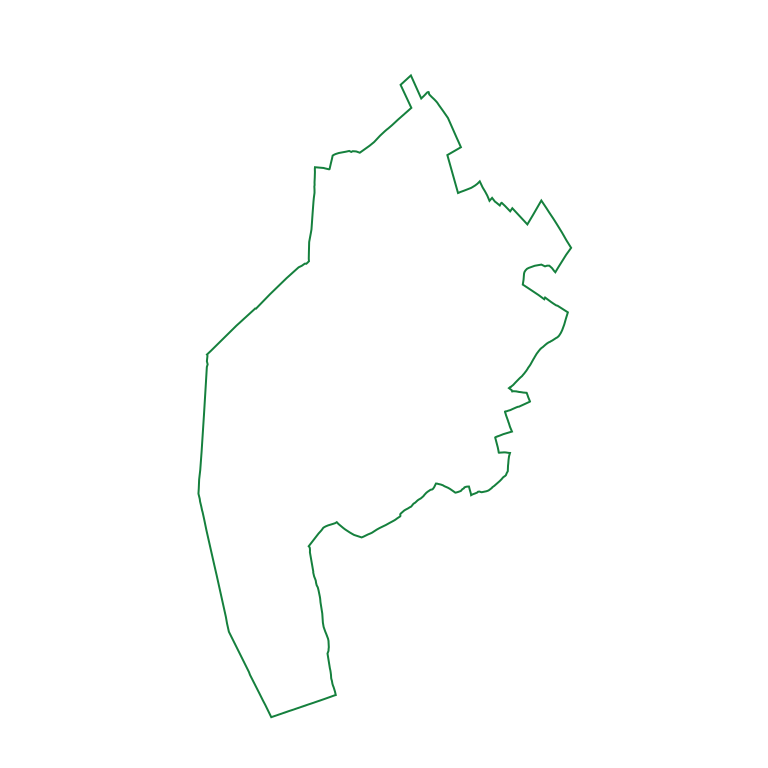 Calarasi, Cluj, Romania, rotated 254°
{"feature_id": "2599482B54810479823537", "entity_name": "Calarasi", "entity_type": "district", "adm_level": 2, "iso_a3": "ROU", "parent_name": "Romania", "parent_adm1": "Cluj", "projection": "natural_earth1", "projection_center": [23.841, 46.485], "detail": "fine", "context": "isolated", "style": "outline", "palette": "green", "viewbox_px": 768, "rotation_deg": 254, "n_neighbors": 0, "source": "geoboundaries", "source_scale": "gbopen_adm2", "svg_char_len": 6061}
<svg xmlns="http://www.w3.org/2000/svg" viewBox="0 0 768 768"><g transform="rotate(254 384 384)"><path d="M463.3,601.4L471.7,599.0L480.7,596.8L490.0,594.2L496.1,592.4L503.6,590.0L508.3,588.6L517.0,585.8L505.5,573.9L497.9,565.8L517.6,555.8L515.2,552.9L521.8,549.4L525.7,547.1L525.5,546.3L523.7,544.5L527.5,541.9L528.8,540.9L533.1,539.2L531.0,535.9L536.7,535.2L541.3,534.2L545.7,533.0L552.4,531.9L550.8,529.1L549.7,526.3L549.0,523.8L548.5,521.9L547.8,514.5L547.5,510.3L547.2,507.8L586.6,508.0L588.4,515.2L589.7,520.4L590.4,523.2L596.2,522.4L600.2,521.8L622.1,518.8L630.9,515.8L634.0,514.7L636.5,513.8L639.9,512.7L641.8,511.8L643.7,510.8L646.9,508.9L649.9,507.3L652.2,507.4L652.5,507.0L652.4,506.5L652.3,505.8L650.1,502.1L648.2,498.5L673.2,494.9L667.0,482.4L641.9,486.4L634.2,470.2L630.5,462.9L628.4,458.3L627.9,457.0L626.8,454.6L623.8,448.7L619.3,441.2L617.0,435.8L613.0,424.5L615.2,421.4L615.9,419.5L616.4,418.1L616.1,416.5L617.6,414.8L617.8,411.5L618.5,404.2L618.4,400.8L618.3,400.2L618.1,398.9L617.7,397.6L614.7,396.0L610.5,393.6L609.2,392.9L605.6,390.9L605.5,390.6L605.6,390.2L607.6,386.6L608.3,385.5L611.4,377.4L609.8,376.8L606.7,376.0L601.4,374.3L597.0,372.8L594.3,372.1L593.1,371.5L590.1,370.8L586.9,369.9L582.1,367.8L578.8,366.5L568.0,362.5L552.6,356.9L549.1,355.2L541.1,351.2L530.3,347.8L525.1,346.2L522.7,345.7L522.2,344.8L521.8,344.1L521.0,342.5L521.4,341.5L521.5,341.0L520.3,337.6L519.7,334.1L512.7,319.7L501.8,299.3L491.7,281.7L492.1,281.0L491.4,279.7L480.7,258.1L463.4,226.4L461.1,221.9L460.4,222.2L459.8,222.0L459.3,221.9L454.7,220.0L451.5,219.9L449.2,218.4L431.3,212.1L403.3,202.2L399.4,200.8L369.2,190.0L352.1,183.7L343.2,180.0L334.5,177.1L329.7,175.4L324.3,175.2L321.7,174.8L316.9,174.6L312.8,174.3L310.8,174.3L303.0,173.8L292.5,173.0L257.5,171.0L246.1,170.4L203.6,167.8L197.0,167.1L188.6,166.6L144.3,174.8L141.4,175.0L120.1,179.1L113.1,180.4L108.3,181.4L94.8,183.8L95.8,202.5L95.9,205.6L96.8,223.1L96.9,226.0L97.6,239.4L98.0,245.7L98.3,250.2L98.3,251.9L102.0,252.1L106.5,252.0L108.4,251.8L110.2,251.8L112.9,252.1L115.4,252.1L116.0,252.2L119.2,252.9L121.9,253.3L123.6,253.5L125.5,253.6L140.5,255.4L142.8,257.1L144.8,257.8L146.2,258.4L150.5,259.4L151.5,259.6L152.0,259.8L154.5,260.0L159.5,259.6L162.1,259.3L167.1,259.0L171.6,259.5L180.4,261.4L191.8,262.8L193.3,263.1L194.4,263.3L195.5,263.5L197.2,263.7L203.6,264.2L206.7,264.3L209.1,263.8L211.7,263.9L213.7,264.2L215.4,264.1L218.3,263.8L222.3,264.0L223.1,264.3L242.7,266.4L244.1,266.9L245.8,267.3L247.0,267.5L248.0,267.3L248.8,266.9L258.4,280.0L259.3,281.5L259.8,282.3L260.7,283.7L262.5,286.0L262.7,286.6L262.9,287.3L263.2,288.7L263.5,291.3L263.6,296.7L263.7,298.8L264.2,300.5L261.9,301.7L256.9,305.1L255.0,306.5L250.7,310.2L248.5,312.3L247.1,313.7L242.7,320.2L242.9,322.1L243.8,327.1L244.1,329.9L244.4,331.6L245.2,334.2L246.0,336.8L246.5,338.9L246.8,340.3L247.7,345.4L247.9,346.7L248.9,351.0L249.9,355.6L250.4,357.5L251.3,359.9L252.1,362.5L252.4,363.2L253.0,363.5L254.0,363.6L254.5,363.9L254.9,364.5L256.8,368.5L257.2,369.9L257.8,372.8L258.4,374.8L258.6,376.0L258.7,376.4L260.7,379.2L261.0,380.0L261.3,381.2L262.9,384.3L263.4,385.8L263.9,387.9L264.9,390.1L265.4,391.1L266.3,392.3L267.7,394.6L268.4,396.2L269.1,398.4L269.4,399.2L269.5,400.0L269.3,400.9L269.7,402.2L271.0,403.8L274.0,406.5L273.6,407.6L272.9,408.7L271.7,410.9L270.9,412.0L270.5,412.6L269.1,413.9L266.8,416.7L265.1,418.4L261.8,421.1L259.9,422.6L259.8,423.4L259.8,424.7L259.8,425.6L260.0,428.3L260.3,428.9L260.9,429.7L261.3,430.4L261.4,430.8L261.6,431.8L262.0,432.4L262.2,432.5L262.4,432.7L262.5,433.0L262.5,434.1L262.6,434.6L262.3,436.4L262.0,437.4L258.6,437.3L256.3,437.3L255.0,437.3L253.1,437.1L253.5,438.8L253.7,441.6L254.0,443.8L254.5,444.6L254.4,445.5L254.3,445.9L254.2,446.3L253.5,447.2L253.0,448.2L253.0,448.7L252.9,449.8L252.8,451.4L252.7,452.3L252.7,453.3L252.8,454.7L253.0,455.6L253.7,457.4L254.4,459.1L254.9,459.7L255.7,462.0L256.1,462.8L256.9,464.5L258.8,468.5L260.1,470.8L261.4,472.7L261.7,473.4L262.2,475.0L262.5,475.6L262.8,476.1L263.2,476.4L264.4,477.3L266.0,478.9L266.5,479.1L271.3,480.7L273.2,481.5L276.7,482.8L279.9,484.2L283.0,486.1L283.4,484.9L284.6,482.3L285.2,480.6L285.5,479.1L285.9,477.4L286.2,475.6L286.4,475.4L287.5,475.5L287.9,475.6L289.2,475.7L291.9,475.9L300.3,476.1L301.8,476.1L302.0,476.2L302.1,476.4L302.4,478.7L302.3,478.8L302.4,479.4L302.4,479.9L302.5,480.8L302.5,481.0L302.9,485.0L302.9,485.6L303.0,493.9L303.8,493.8L308.1,493.3L312.4,493.2L312.8,493.1L314.2,493.1L320.3,492.7L321.8,492.7L323.7,492.6L324.1,492.7L324.2,493.1L324.0,494.0L324.0,494.8L324.1,495.9L324.1,496.3L324.1,497.3L324.1,498.3L324.4,500.1L324.5,500.7L324.6,501.5L325.1,505.1L325.1,505.3L325.1,505.5L325.2,506.4L325.0,507.5L326.1,514.7L326.8,519.3L326.9,519.5L327.1,519.5L331.6,519.0L333.9,518.9L336.2,518.7L336.4,518.3L336.5,517.8L336.8,517.2L337.4,515.5L338.0,514.3L338.7,512.7L338.9,512.3L339.1,511.6L339.4,511.2L339.7,510.5L339.9,510.2L340.0,509.8L340.4,509.3L340.6,508.7L341.4,506.4L341.5,505.8L341.5,505.2L343.0,505.0L343.2,504.8L343.3,504.7L345.6,503.0L346.1,504.3L346.2,504.7L346.2,504.9L346.3,504.9L346.3,505.1L346.6,505.7L346.9,506.6L347.5,508.0L348.0,508.8L348.6,509.8L349.1,510.6L351.5,514.8L351.9,515.5L352.6,516.8L353.5,518.8L354.0,519.5L354.4,520.1L354.7,520.5L355.5,521.8L356.0,522.4L357.3,524.2L357.7,524.7L358.5,525.6L358.7,525.9L359.9,527.1L360.8,528.3L362.2,530.0L364.0,531.8L366.8,534.6L367.3,535.2L368.5,536.4L371.1,539.2L372.5,541.1L373.0,541.7L373.6,542.7L374.1,543.2L375.2,545.3L375.7,546.8L376.8,549.1L377.0,549.5L377.4,550.4L377.8,551.3L378.0,551.6L378.0,551.8L378.0,552.0L378.6,553.6L378.7,554.8L378.9,555.6L379.1,556.2L379.4,557.7L380.7,561.9L381.1,563.6L382.1,565.5L384.3,568.0L386.5,570.0L391.4,573.6L396.4,576.7L402.2,580.5L411.4,572.4L412.1,571.2L414.5,569.1L416.8,567.2L422.7,562.7L421.3,561.4L426.9,557.1L436.8,548.7L441.3,544.8L445.8,546.9L451.4,549.0L452.8,549.8L454.2,551.3L455.3,553.2L455.7,555.2L456.1,561.5L455.4,568.2L452.7,571.2L452.8,573.3L452.2,575.5L449.0,577.5L446.0,578.6L444.2,579.5L448.3,583.9L458.0,594.7L463.3,601.4Z" fill="none" stroke="#15803d" stroke-width="2"/></g></svg>